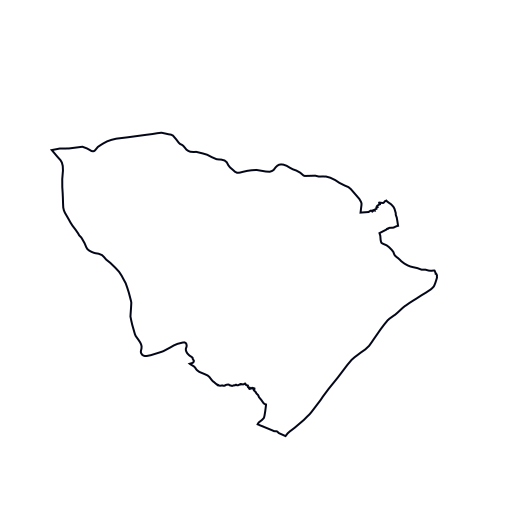 the district of Sabaneta, Antioquia, Colombia, rotated 157°
{"feature_id": "7082276B45005796223132", "entity_name": "Sabaneta", "entity_type": "district", "adm_level": 2, "iso_a3": "COL", "parent_name": "Colombia", "parent_adm1": "Antioquia", "projection": "albers", "projection_center": [-75.61, 6.138], "detail": "fine", "context": "isolated", "style": "outline", "palette": "ink", "viewbox_px": 512, "rotation_deg": 157, "n_neighbors": 0, "source": "geoboundaries", "source_scale": "gbopen_adm2", "svg_char_len": 6002}
<svg xmlns="http://www.w3.org/2000/svg" viewBox="0 0 512 512"><g transform="rotate(157 256 256)"><path d="M299.2,78.7L296.1,80.4L293.2,81.4L291.8,81.7L287.5,82.8L276.0,86.4L271.4,88.3L268.7,89.3L266.5,90.4L264.7,91.4L252.8,98.2L249.3,100.5L240.9,105.4L228.3,112.1L214.2,120.2L210.2,122.2L208.7,123.0L204.8,124.3L200.7,125.3L197.2,126.2L191.9,127.3L187.0,129.1L182.6,131.8L181.1,132.8L170.0,139.8L165.0,142.7L159.7,145.5L159.1,145.6L157.9,146.1L152.5,147.3L150.8,147.6L147.7,148.6L142.5,150.5L140.7,151.1L138.6,151.7L137.3,151.9L133.2,152.8L128.5,153.6L125.7,154.0L118.9,155.2L113.8,155.9L110.1,156.6L108.4,156.9L106.5,157.5L104.4,158.4L103.5,159.1L101.5,161.1L99.5,163.4L98.0,165.2L97.7,165.7L97.6,166.2L97.0,167.4L97.0,169.0L97.1,169.4L97.5,169.5L97.4,169.8L97.3,172.1L97.4,172.9L98.1,173.2L100.4,173.9L102.6,175.0L105.5,177.3L108.9,178.7L112.2,181.8L116.0,184.5L118.1,186.1L119.9,187.9L121.8,190.3L122.7,191.6L124.4,194.6L124.9,196.0L126.0,198.4L127.0,200.1L128.0,202.3L128.1,203.7L128.0,206.1L128.7,208.7L130.1,212.2L131.6,214.8L134.2,217.5L135.3,218.9L135.4,220.1L135.0,222.1L133.7,226.0L133.4,228.8L128.3,229.2L128.1,229.2L127.8,229.2L127.0,229.3L126.2,229.3L125.3,229.5L125.1,229.7L124.6,229.6L123.6,229.5L123.3,229.6L123.4,229.8L123.1,229.8L123.0,229.7L122.8,229.7L122.4,229.8L122.2,229.8L121.4,229.5L119.0,228.6L118.8,228.5L118.2,228.5L117.9,228.4L117.4,228.4L116.5,228.5L116.0,228.5L114.7,228.5L114.4,228.4L113.9,228.4L113.4,228.3L112.2,233.1L111.4,236.5L111.3,238.8L111.1,239.7L110.9,240.2L110.6,240.9L110.1,245.2L110.2,247.1L110.6,248.5L111.1,249.9L111.6,251.1L112.9,253.1L114.0,255.0L114.4,256.1L115.1,256.0L115.7,256.1L116.0,256.0L117.2,255.3L117.7,255.2L118.1,255.1L119.2,255.6L121.4,256.9L121.6,257.0L121.8,257.0L121.9,256.8L121.4,255.9L121.5,255.4L121.6,255.2L122.9,255.2L124.8,254.8L125.0,254.7L125.1,254.3L125.0,253.6L126.2,253.7L126.6,252.4L128.0,252.3L128.7,252.3L129.0,252.1L129.1,251.8L129.1,251.5L130.0,252.0L130.1,252.3L130.4,252.3L130.4,252.0L131.0,251.6L131.5,251.5L131.6,252.4L131.8,252.4L132.2,252.5L132.4,252.8L132.6,252.9L132.9,252.9L133.8,252.8L134.0,252.7L134.9,252.6L135.2,252.5L142.8,255.1L140.4,259.3L139.0,261.7L138.3,263.3L138.2,264.9L138.6,268.2L142.6,280.6L144.0,283.3L146.9,286.3L150.7,290.8L153.4,294.9L157.0,299.0L160.5,301.8L163.0,302.9L167.3,304.7L170.1,306.8L173.7,308.2L179.8,310.6L180.8,311.5L182.8,315.5L185.5,318.9L188.2,321.4L190.4,324.1L192.5,327.0L195.1,329.4L197.1,330.5L199.1,331.0L201.0,330.8L203.2,330.0L206.2,328.3L208.2,328.0L210.5,328.2L213.9,329.9L221.9,335.0L226.7,336.7L230.8,337.8L235.2,338.6L238.5,339.1L240.9,340.0L242.4,341.7L243.9,344.9L245.3,347.7L246.0,350.3L246.3,353.7L247.6,356.2L250.3,358.3L252.7,359.5L254.6,360.6L258.1,364.3L261.4,368.3L264.8,371.1L268.3,373.7L270.3,375.2L272.8,376.1L275.8,377.7L277.2,379.1L278.5,381.1L279.1,383.3L279.9,385.8L280.7,387.2L282.2,388.9L282.9,390.6L283.9,394.6L285.4,399.3L286.8,400.9L288.9,402.2L290.7,403.5L294.1,405.9L295.1,406.5L298.9,407.6L303.9,408.8L309.5,410.4L328.1,415.5L337.4,418.2L338.8,418.6L343.7,419.4L348.2,419.7L352.5,419.3L355.2,418.9L358.9,418.2L362.8,416.2L363.7,415.9L364.5,415.9L365.3,416.2L366.4,416.9L368.1,419.2L369.7,421.2L373.1,424.4L385.9,428.0L391.2,430.1L394.6,431.6L398.0,432.3L402.6,433.3L400.1,425.2L398.5,420.5L398.2,417.8L398.7,414.4L400.3,410.1L402.1,406.7L404.3,402.5L407.4,395.1L409.4,389.4L411.0,385.1L413.1,379.7L414.5,375.9L415.0,373.1L415.0,370.5L414.1,363.2L413.7,359.3L413.1,355.7L411.8,350.6L410.9,346.2L410.7,344.1L409.6,341.3L409.3,339.2L408.8,334.8L408.8,330.3L408.5,328.2L407.4,326.1L405.7,324.0L404.2,322.5L403.0,321.5L400.0,319.6L397.4,317.0L396.3,314.4L395.3,311.2L392.8,306.6L390.1,300.2L388.2,294.9L387.4,290.4L387.0,285.9L386.6,281.9L386.9,277.0L387.4,271.8L388.6,263.6L389.0,261.8L390.4,258.9L391.6,256.5L394.0,251.8L395.2,249.4L396.0,245.6L396.8,241.1L398.0,231.4L398.0,229.4L397.5,227.2L397.0,225.0L396.4,221.8L396.3,219.6L396.6,217.6L397.5,215.7L398.8,213.9L399.5,212.7L399.7,211.4L399.3,209.4L398.5,208.3L397.6,207.5L396.6,207.0L395.4,206.6L391.6,205.8L384.6,205.1L380.4,204.7L378.5,204.6L377.3,204.7L370.6,205.3L366.5,205.8L362.6,205.8L357.4,205.0L355.7,204.5L354.7,203.4L354.5,202.1L354.8,200.7L355.4,199.6L356.7,198.2L357.3,196.9L357.5,195.4L357.3,193.3L356.4,190.9L355.8,189.8L354.6,188.1L354.2,187.0L354.3,186.9L354.4,185.9L354.3,184.8L354.1,184.1L354.3,183.5L355.2,182.6L356.2,182.4L357.6,182.5L359.1,182.7L358.9,182.3L356.2,178.5L355.6,176.8L355.3,175.0L354.8,173.7L353.5,171.5L349.2,167.1L347.2,164.9L346.2,162.9L345.2,159.1L344.6,157.4L344.0,156.5L342.9,154.2L342.1,153.0L341.5,152.4L341.8,152.1L341.6,151.8L341.3,151.6L340.7,151.3L339.9,150.7L338.9,150.3L338.6,150.3L338.2,150.2L337.7,150.1L337.4,149.9L337.2,149.6L336.8,149.3L336.2,149.2L335.7,148.9L335.4,148.8L335.1,148.9L334.9,149.0L334.7,149.1L333.6,149.0L332.7,148.8L332.1,148.6L331.9,148.6L331.4,148.3L331.2,148.1L330.7,147.2L330.4,147.0L329.9,146.8L329.5,146.2L328.5,145.7L326.8,145.6L326.7,145.6L326.5,145.4L326.1,145.2L325.8,145.2L325.7,145.2L325.4,145.3L325.1,145.4L324.7,145.3L324.5,145.2L324.2,144.6L323.9,144.4L323.5,144.2L322.8,144.0L322.1,144.1L320.9,143.9L320.2,143.7L320.1,144.1L319.5,143.8L318.6,143.1L317.9,142.8L317.3,142.7L316.2,142.9L315.8,142.8L315.7,142.4L315.6,141.4L315.5,141.1L314.8,140.5L314.3,140.1L314.1,139.9L314.5,139.3L314.6,138.8L314.6,138.6L314.3,137.8L314.2,137.6L313.6,137.9L313.8,137.7L313.7,137.6L313.8,137.4L313.6,137.4L313.3,137.4L313.2,137.2L313.2,136.9L313.9,136.3L313.8,136.1L312.6,136.0L312.4,136.3L312.1,136.3L312.1,136.2L311.9,136.1L311.0,135.3L310.5,135.8L309.4,134.9L309.2,134.7L309.5,134.0L310.2,133.4L310.4,133.2L309.3,130.4L309.4,129.5L308.4,127.1L308.4,124.8L307.4,121.5L306.5,117.4L305.6,116.1L305.2,115.7L304.8,115.4L305.3,114.4L308.1,109.6L310.5,105.8L311.4,104.6L311.9,104.0L312.5,103.6L313.5,103.2L314.7,102.7L317.0,102.1L318.5,101.7L320.0,100.7L320.3,100.4L314.4,94.5L308.9,88.9L307.8,87.7L306.6,87.1L305.9,86.8L305.3,86.4L304.9,85.8L304.2,84.1L299.2,78.7Z" fill="none" stroke="#020617" stroke-width="2"/></g></svg>